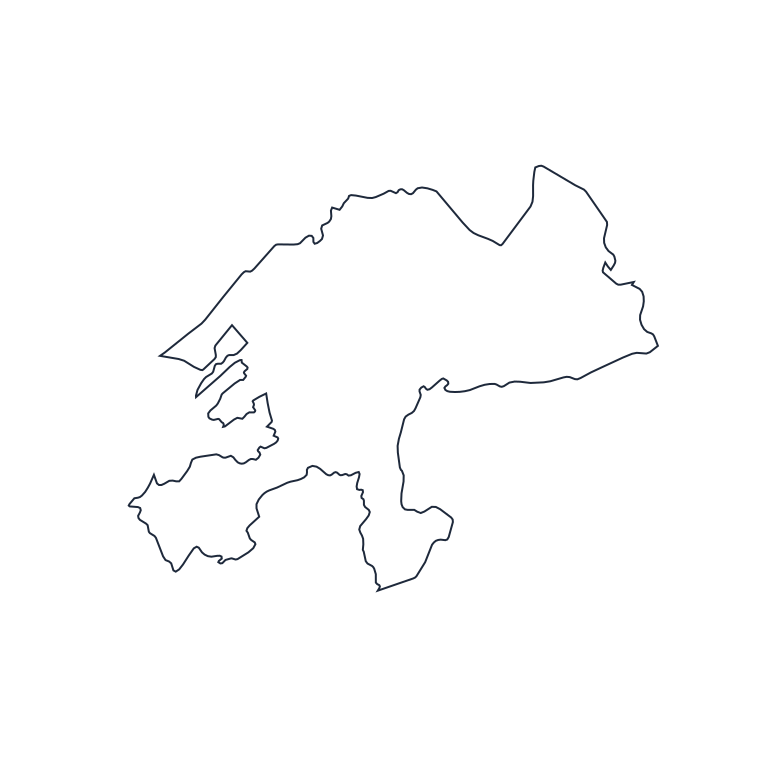 the border of Zacatecas, rotated 37°
{"feature_id": "MEX-2713", "entity_name": "Zacatecas", "entity_type": "State", "adm_level": 1, "iso_a3": "MEX", "parent_name": "Mexico", "parent_adm1": "", "projection": "natural_earth1", "projection_center": [-102.796, 23.104], "detail": "fine", "context": "isolated", "style": "outline", "palette": "slate", "viewbox_px": 768, "rotation_deg": 37, "n_neighbors": 0, "source": "natural_earth", "source_scale": "10m", "svg_char_len": 6165}
<svg xmlns="http://www.w3.org/2000/svg" viewBox="0 0 768 768"><g transform="rotate(37 384 384)"><path d="M579.8,188.7L577.2,198.6L575.2,201.8L567.1,207.0L564.0,210.5L558.9,219.1L547.8,239.8L542.3,250.2L537.4,260.9L535.6,263.9L533.5,265.2L528.2,266.7L525.6,268.3L523.4,270.7L515.2,281.7L510.6,286.5L500.4,295.0L491.3,300.3L486.9,303.4L483.3,307.4L481.0,313.6L479.7,315.4L478.0,316.2L474.2,316.7L472.4,317.3L468.5,320.3L464.9,324.0L461.7,328.3L456.2,337.2L452.9,341.1L449.3,344.6L445.5,347.7L441.2,350.6L438.8,351.6L436.6,351.8L434.6,350.8L434.5,349.0L435.1,347.0L435.2,345.1L433.9,343.7L432.0,343.4L428.0,343.9L427.1,345.2L426.4,347.8L424.3,358.1L423.5,360.8L422.1,362.5L420.2,362.5L418.5,361.9L417.0,362.0L415.9,364.5L415.8,367.1L416.8,368.5L419.9,370.6L421.0,372.7L423.8,384.5L424.2,387.5L423.6,390.4L421.9,393.8L420.9,397.0L421.3,400.1L426.6,412.6L428.9,418.8L432.1,425.2L436.3,430.4L446.9,441.1L449.2,442.4L450.5,442.5L454.7,445.1L458.3,450.1L463.8,460.8L468.2,467.2L470.4,469.5L473.0,471.1L476.2,471.5L478.8,470.2L483.9,466.3L487.3,466.0L490.9,465.0L493.0,461.6L496.1,453.3L499.4,451.0L504.2,450.2L518.0,450.2L520.4,450.9L522.1,452.8L527.8,467.3L528.1,470.1L527.0,471.8L522.9,474.2L521.1,476.0L519.8,478.0L519.2,480.5L519.1,483.4L524.1,501.5L525.6,518.0L525.3,519.9L524.3,521.8L503.4,552.8L503.1,549.8L502.5,548.1L501.3,547.5L499.0,547.9L497.0,547.5L491.9,540.8L487.3,537.4L485.6,536.7L484.0,536.5L478.9,537.3L476.1,536.5L468.7,530.1L466.9,529.2L464.0,524.5L460.5,520.2L457.6,518.3L454.5,516.9L451.8,515.1L450.5,511.8L451.0,502.8L450.9,498.2L449.7,494.8L447.6,493.7L442.9,493.6L440.7,492.6L438.2,489.3L436.9,488.4L434.7,488.5L433.3,487.1L432.3,483.0L430.9,481.6L429.3,482.2L428.1,483.4L425.8,484.2L423.8,482.3L422.2,479.2L420.2,473.6L418.7,470.6L416.8,469.5L414.8,472.0L412.5,476.8L410.8,478.5L408.6,478.5L407.2,479.2L405.4,481.9L404.2,483.0L403.1,483.3L399.9,483.0L398.4,483.5L397.5,484.8L396.7,488.0L395.9,489.5L394.3,490.4L392.2,490.8L384.1,490.2L379.9,490.6L376.1,492.5L373.7,496.7L374.1,499.0L375.6,500.8L376.9,503.1L376.4,506.6L374.8,509.9L372.8,512.9L368.1,518.3L366.1,521.2L360.9,531.1L356.4,538.0L355.1,540.5L354.2,543.2L353.7,545.9L353.5,551.6L354.5,556.7L357.0,560.0L364.2,565.1L361.8,577.8L361.6,581.4L362.5,584.0L364.7,584.7L369.8,588.1L371.8,588.5L376.1,588.3L377.7,589.3L378.4,593.8L377.0,600.1L372.4,612.0L371.1,613.5L367.3,614.9L366.5,615.7L363.3,619.9L362.7,624.4L361.3,625.8L358.9,626.0L358.6,624.7L359.5,621.1L358.1,619.6L356.2,620.0L354.2,621.6L350.1,625.8L346.9,627.5L343.4,628.2L340.0,628.0L334.6,626.2L332.3,626.7L331.0,629.7L331.3,638.5L332.1,649.1L332.0,655.3L330.6,659.2L328.0,659.6L322.0,655.3L319.2,655.1L315.5,656.1L311.3,654.6L294.4,644.1L292.2,643.5L286.8,644.0L285.1,643.5L280.2,639.0L278.0,638.7L270.8,639.4L268.6,638.8L267.0,637.3L266.4,633.5L265.7,631.2L263.9,629.8L261.5,630.4L254.6,634.8L253.3,634.7L253.0,633.0L253.4,625.5L255.9,622.9L257.1,621.2L257.8,618.8L258.2,613.9L257.8,609.0L257.1,604.3L254.9,595.0L262.5,600.0L265.0,600.1L267.0,598.6L268.5,596.0L270.8,590.5L273.4,588.3L276.6,586.8L279.0,585.0L279.3,581.6L279.2,572.0L278.7,566.9L277.3,563.2L276.4,559.7L278.2,556.0L281.1,552.6L292.4,541.1L295.0,540.1L299.2,539.7L300.5,539.2L301.7,538.3L304.9,533.5L307.8,533.2L311.0,534.1L314.3,534.6L316.5,534.2L318.3,533.3L319.8,531.8L320.8,529.6L321.8,526.0L322.8,524.0L324.5,522.8L327.3,521.6L328.1,518.4L327.7,514.9L325.7,513.6L324.0,513.5L322.9,512.8L322.7,509.8L323.1,508.3L327.2,507.3L328.5,505.8L332.2,498.0L333.0,495.6L333.1,493.2L332.4,491.3L331.2,490.7L327.0,491.7L325.9,487.4L324.5,486.4L322.6,486.4L316.2,488.5L317.1,482.0L316.6,480.7L309.8,475.7L302.6,469.3L295.6,462.5L292.2,469.2L289.5,475.8L289.5,476.8L291.8,478.0L292.7,478.9L293.4,481.3L297.0,482.5L297.5,483.5L297.2,485.0L293.5,487.7L292.3,490.7L292.2,494.2L291.8,497.0L287.2,499.3L285.6,502.7L282.5,513.6L281.3,515.0L280.9,513.6L280.2,512.6L279.0,512.0L277.4,512.2L273.5,511.3L272.5,511.7L269.7,515.1L268.2,515.9L265.3,516.5L263.5,515.9L261.3,513.3L261.3,509.6L263.0,502.2L263.0,499.6L262.1,494.4L260.7,490.1L260.8,488.6L264.4,473.5L266.6,467.4L269.1,465.5L269.2,461.5L268.9,460.4L265.8,459.6L265.1,459.0L265.0,457.5L265.8,454.3L265.1,452.9L263.8,452.6L257.6,452.5L255.8,450.6L254.6,451.6L252.1,456.8L250.5,463.4L248.4,476.1L241.8,507.6L240.8,506.4L238.6,500.9L237.5,493.4L237.3,488.3L237.7,485.5L240.2,479.2L240.2,477.0L237.9,471.2L237.9,469.2L239.0,467.9L241.7,465.9L242.3,464.0L242.4,462.0L241.8,458.0L242.0,455.6L242.9,454.1L246.5,451.4L248.3,448.2L249.2,443.2L250.1,433.4L227.2,428.5L226.2,454.8L227.1,457.3L232.3,462.1L233.5,463.8L233.6,466.1L231.0,481.0L230.6,482.2L228.8,483.2L221.9,484.7L210.4,485.7L205.0,487.6L188.2,496.3L190.0,490.8L197.4,461.6L201.9,445.6L202.5,440.2L203.2,411.2L204.3,382.2L204.8,379.0L205.6,377.2L209.5,374.8L210.4,373.0L211.0,369.8L213.4,339.8L214.0,337.7L215.3,336.3L227.8,327.1L230.9,324.3L232.2,322.1L233.2,314.4L234.8,310.7L237.1,309.2L239.7,309.9L242.1,313.0L244.2,313.7L245.8,311.6L246.8,308.2L247.2,305.5L245.9,302.1L240.4,297.8L239.2,294.6L242.0,289.3L242.5,287.3L242.3,284.2L241.0,281.7L237.3,277.5L236.4,274.3L243.7,271.6L243.8,267.3L243.1,263.8L243.8,257.5L242.9,254.8L244.1,252.9L248.2,250.4L258.9,245.2L262.6,242.6L264.9,239.7L269.2,232.2L271.5,227.0L273.0,225.7L278.7,224.4L279.4,222.6L279.1,220.4L279.9,218.7L281.2,217.6L283.0,217.3L287.3,217.5L289.6,217.2L291.4,216.1L292.3,214.2L292.5,209.6L293.1,207.4L296.1,204.2L300.9,201.6L306.0,199.7L310.0,198.6L349.6,207.7L359.7,209.5L364.6,209.5L369.7,208.5L379.7,205.5L384.8,204.3L392.8,203.5L394.0,202.7L394.4,200.9L394.2,154.1L392.9,149.1L390.0,144.2L383.4,135.5L380.9,131.8L376.4,124.1L374.5,120.0L376.5,116.7L378.3,115.0L380.6,114.3L417.0,110.2L426.7,108.4L429.6,108.8L464.5,120.4L466.5,122.7L472.0,135.2L474.9,138.8L478.9,141.4L483.3,142.7L489.3,142.7L491.3,143.6L494.6,146.3L495.6,148.2L496.1,151.0L496.5,156.4L492.0,155.4L487.6,153.8L489.2,159.2L490.4,161.9L491.7,163.0L509.1,164.1L511.3,163.7L513.2,162.3L522.1,152.2L522.4,155.7L531.0,154.2L534.7,155.0L538.6,157.8L541.7,161.6L544.2,166.1L547.1,174.8L549.8,178.6L554.0,181.7L558.7,183.7L562.9,184.0L567.0,182.7L569.0,182.5L571.1,183.3L579.8,188.7Z" fill="none" stroke="#1e293b" stroke-width="2"/></g></svg>